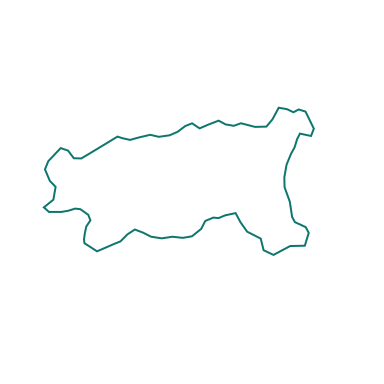 outline of Jangsu-gun, North Jeolla, South Korea, rotated 242°
{"feature_id": "91817680B93090957259339", "entity_name": "Jangsu-gun", "entity_type": "district", "adm_level": 2, "iso_a3": "KOR", "parent_name": "South Korea", "parent_adm1": "North Jeolla", "projection": "albers", "projection_center": [127.547, 35.652], "detail": "fine", "context": "isolated", "style": "outline", "palette": "teal", "viewbox_px": 384, "rotation_deg": 242, "n_neighbors": 0, "source": "geoboundaries", "source_scale": "gbopen_adm2", "svg_char_len": 1219}
<svg xmlns="http://www.w3.org/2000/svg" viewBox="0 0 384 384"><g transform="rotate(242 192 192)"><path d="M248.0,54.0L241.6,56.3L235.8,67.2L233.6,73.7L232.2,81.0L229.3,85.3L220.6,89.7L214.7,89.0L211.1,82.4L206.0,78.1L200.9,74.4L197.3,73.0L184.2,80.3L182.8,97.7L182.0,105.7L184.9,115.1L185.7,123.9L179.1,129.7L171.8,134.8L165.3,143.5L161.7,153.7L155.8,162.4L152.9,171.1L155.1,182.8L160.2,190.1L159.4,198.8L156.5,203.2L155.8,210.4L152.9,220.6L142.7,220.6L134.8,221.6L131.0,222.1L118.6,230.8L107.0,227.9L98.2,234.4L98.2,244.6L98.2,253.3L91.6,266.4L93.1,267.9L101.1,275.9L107.6,275.9L117.1,268.7L123.0,268.7L137.5,273.8L152.8,276.0L161.6,280.4L171.8,288.4L179.1,297.2L183.4,303.7L189.3,309.6L192.9,314.7L185.6,323.4L190.7,329.3L209.7,330.0L214.8,324.9L214.8,319.0L220.6,314.7L225.7,308.1L218.4,297.2L214.8,288.4L219.9,278.2L229.7,267.5L230.8,260.0L235.9,253.4L242.5,249.0L243.9,237.4L244.6,228.6L252.6,224.3L253.4,217.0L251.9,207.5L252.6,198.8L256.3,188.6L262.1,182.0L265.0,171.1L267.1,161.7L272.2,155.8L275.9,152.2L275.1,138.4L274.4,126.0L273.6,110.0L277.3,103.5L286.7,102.0L292.4,96.7L286.7,79.6L281.0,72.8L268.5,71.7L260.6,74.0L250.3,66.0L248.1,54.7L248.0,54.0Z" fill="none" stroke="#0f766e" stroke-width="2"/></g></svg>